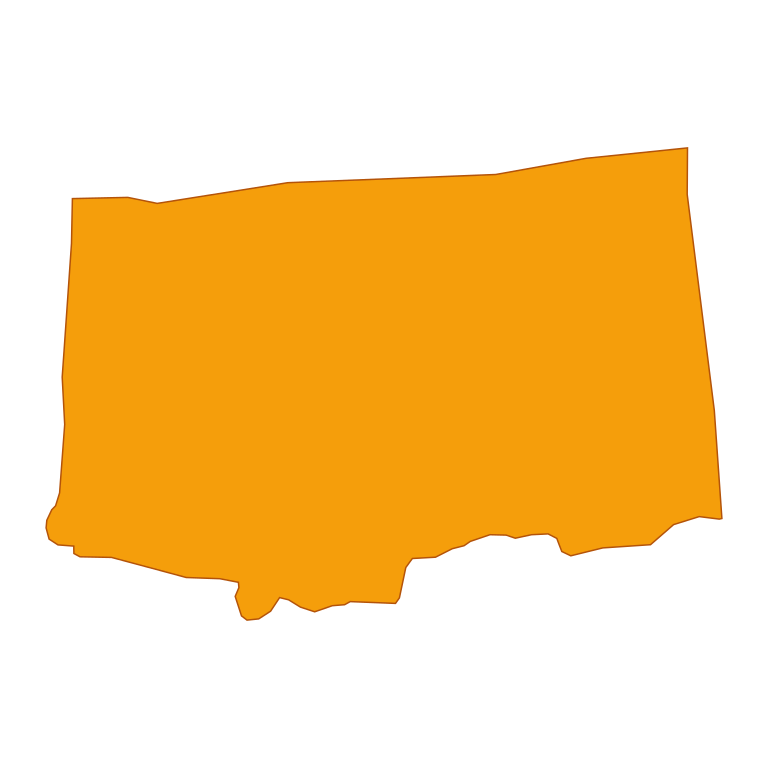 As Eyla, Dikhil, Djibouti
{"feature_id": "41766387B73347270872705", "entity_name": "As Eyla", "entity_type": "district", "adm_level": 2, "iso_a3": "DJI", "parent_name": "Djibouti", "parent_adm1": "Dikhil", "projection": "albers", "projection_center": [42.017, 11.095], "detail": "fine", "context": "isolated", "style": "filled", "palette": "amber", "viewbox_px": 768, "rotation_deg": 0, "n_neighbors": 0, "source": "geoboundaries", "source_scale": "gbopen_adm2", "svg_char_len": 954}
<svg xmlns="http://www.w3.org/2000/svg" viewBox="0 0 768 768"><path d="M72.4,198.6L71.5,243.5L64.0,351.6L62.2,377.1L64.7,424.5L59.6,492.9L55.6,505.8L51.7,509.8L51.4,510.5L46.8,520.3L46.1,527.9L49.1,539.1L58.0,544.9L73.8,546.1L73.8,548.8L73.9,553.5L80.0,556.8L111.5,557.4L168.1,572.6L186.2,577.5L219.8,578.7L238.4,582.3L238.9,587.6L235.2,596.4L241.5,615.9L247.0,620.1L258.7,618.9L270.6,611.2L279.6,597.6L284.5,598.8L288.6,599.8L300.4,607.1L314.7,611.8L332.3,605.7L344.6,604.7L350.2,601.6L395.5,603.4L399.4,597.9L405.8,567.5L410.0,561.7L412.4,558.5L435.5,557.2L452.3,548.7L464.1,545.7L470.3,541.4L490.0,534.7L506.1,535.1L515.3,538.2L531.5,534.7L548.1,533.9L556.8,538.4L558.7,543.5L561.8,551.5L570.8,555.8L602.8,547.9L650.5,544.7L673.6,524.6L699.2,516.6L703.2,517.1L719.3,519.1L721.9,518.5L714.3,410.4L687.2,194.4L687.5,147.9L586.1,158.3L495.7,174.5L287.7,182.7L157.2,203.4L127.8,197.4L72.4,198.6Z" fill="#f59e0b" stroke="#b45309" stroke-width="1.5"/></svg>